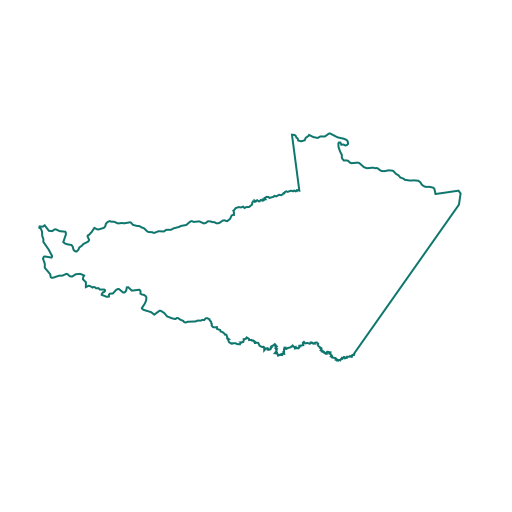 Canutama, Amazonas, Brazil, rotated 82°
{"feature_id": "56859067B47239543659511", "entity_name": "Canutama", "entity_type": "district", "adm_level": 2, "iso_a3": "BRA", "parent_name": "Brazil", "parent_adm1": "Amazonas", "projection": "robinson", "projection_center": [-63.96, -7.456], "detail": "fine", "context": "isolated", "style": "outline", "palette": "teal", "viewbox_px": 512, "rotation_deg": 82, "n_neighbors": 0, "source": "geoboundaries", "source_scale": "gbopen_adm2", "svg_char_len": 6149}
<svg xmlns="http://www.w3.org/2000/svg" viewBox="0 0 512 512"><g transform="rotate(82 256 256)"><path d="M311.6,332.9L312.4,324.9L311.8,323.0L312.3,319.9L311.8,317.8L312.2,316.2L310.8,314.6L310.7,313.2L312.1,310.9L313.3,310.8L314.7,309.7L316.3,309.6L316.9,309.2L318.6,309.6L319.7,309.1L320.5,308.3L321.0,306.5L321.0,304.6L322.8,304.7L324.3,301.8L325.8,301.6L326.7,299.7L328.7,297.9L329.5,297.7L329.9,296.3L332.3,295.8L333.8,296.0L334.1,295.6L333.7,295.3L334.4,294.6L334.4,295.0L335.6,295.2L337.7,294.6L339.4,292.5L339.1,291.9L339.5,291.4L339.2,290.6L339.6,288.2L340.6,287.0L341.2,284.2L339.5,283.4L339.8,282.5L339.6,282.1L339.4,282.4L339.4,280.7L338.0,279.9L336.7,279.8L336.7,278.2L335.5,276.7L336.2,276.5L336.0,275.8L337.2,274.4L338.3,274.5L338.5,272.1L339.4,271.6L339.2,270.6L339.6,270.0L342.0,269.3L342.1,268.8L341.3,268.5L341.8,268.1L342.3,265.9L345.5,264.9L347.1,262.3L346.9,261.2L347.7,260.6L350.6,261.0L348.9,258.9L349.0,257.6L350.3,257.6L350.6,257.0L350.5,256.6L349.7,256.6L350.6,255.6L350.5,255.0L349.8,254.1L348.5,254.2L347.8,253.5L348.0,253.1L347.5,253.1L347.0,251.7L347.1,250.8L346.8,251.0L345.9,249.6L348.5,248.0L348.9,249.0L349.9,249.6L350.9,248.2L351.7,249.1L352.2,248.7L352.9,248.9L354.9,250.9L355.2,249.8L354.9,248.6L357.7,248.1L357.6,247.4L357.0,247.4L357.6,244.4L356.7,244.8L356.5,244.3L356.8,241.8L355.4,242.2L355.6,241.6L352.8,241.4L350.7,240.6L350.9,239.5L352.1,239.6L352.3,239.0L351.6,237.5L351.2,234.2L350.3,233.3L351.0,231.5L350.6,231.5L352.0,230.4L351.8,229.9L352.8,230.2L352.5,229.0L353.0,229.0L352.8,228.0L353.4,227.1L353.0,226.3L351.1,225.7L351.5,224.9L350.9,224.9L350.9,221.6L348.4,221.6L347.7,220.5L349.4,219.4L349.3,217.1L350.4,215.0L349.9,214.1L349.2,213.9L349.4,212.8L350.1,211.8L350.3,212.2L350.9,211.1L350.6,210.2L350.9,209.9L350.1,209.5L350.0,208.7L350.2,207.7L351.5,206.7L352.3,207.3L354.2,206.5L356.0,204.5L356.3,205.0L357.2,204.1L358.3,205.0L358.9,203.6L359.4,203.2L359.7,203.6L360.1,202.2L360.5,201.9L360.6,202.8L362.6,200.4L361.9,199.8L362.3,199.4L360.8,198.9L360.8,198.4L361.6,198.2L361.2,197.2L361.5,196.7L362.4,196.8L362.0,195.7L363.0,195.8L363.1,196.5L364.9,194.9L365.8,195.8L366.3,194.7L366.9,195.0L367.2,194.6L368.1,191.6L368.5,191.3L369.3,191.5L369.2,191.0L370.5,190.9L370.8,190.4L370.0,189.9L370.9,189.0L370.5,188.7L370.5,188.0L371.1,187.1L369.8,186.1L369.9,185.0L368.8,185.0L369.1,183.3L368.3,183.0L368.5,182.5L369.7,182.2L369.5,180.6L369.0,180.9L368.4,180.1L368.8,177.3L368.2,176.8L369.2,175.5L369.1,175.0L367.9,174.9L367.4,174.3L367.6,173.4L367.0,172.9L367.3,172.5L365.6,171.8L233.4,47.9L222.5,44.7L219.5,46.4L219.6,69.6L214.4,70.0L213.0,71.0L211.7,74.3L211.2,78.2L210.5,79.7L208.6,81.8L205.9,83.0L204.1,84.8L203.2,88.3L202.7,93.2L201.2,98.1L200.1,99.0L198.2,102.3L196.0,103.6L194.2,105.9L190.9,108.2L190.4,109.3L189.6,112.8L189.9,116.7L189.4,119.6L188.3,121.3L186.1,123.3L185.7,124.3L185.7,125.6L184.8,127.9L184.6,133.3L184.2,134.6L183.0,136.8L178.4,140.7L177.7,142.3L177.4,148.4L176.8,149.8L174.6,151.5L173.9,153.2L173.6,155.8L171.5,157.1L170.1,157.3L168.0,156.9L164.2,158.2L159.5,159.1L156.0,158.8L155.1,157.9L155.5,156.6L157.7,156.0L157.8,153.8L159.0,152.2L158.8,150.7L157.8,149.2L155.4,149.2L153.7,150.1L152.1,152.7L149.8,158.8L144.9,165.7L145.0,166.9L147.2,171.1L146.6,175.7L147.7,178.4L146.3,182.5L143.5,186.6L144.4,187.3L145.9,190.3L148.2,191.7L148.7,195.4L147.5,198.1L145.4,198.4L144.4,199.5L142.7,199.9L141.5,201.0L140.9,203.5L197.3,204.0L196.5,205.9L197.1,206.3L196.7,206.6L197.5,207.7L196.5,209.2L197.1,210.1L196.2,212.3L196.9,215.7L196.2,217.0L196.6,218.3L197.9,219.3L197.6,220.0L198.7,221.1L199.3,222.7L198.6,224.5L199.8,227.7L199.0,229.4L199.8,230.4L200.4,234.6L199.3,235.4L198.9,237.5L199.5,238.1L199.7,239.5L200.2,239.7L201.1,239.0L200.9,241.0L201.8,240.6L202.2,241.6L201.2,243.5L202.3,244.8L202.3,245.7L200.9,247.1L201.7,248.6L201.4,249.0L202.0,248.8L202.2,249.7L201.5,250.2L201.4,251.2L202.9,252.4L204.4,252.6L206.5,256.0L206.2,259.0L206.9,260.7L205.3,261.9L205.8,264.0L205.2,266.6L205.7,269.4L207.5,271.2L207.9,272.1L209.3,271.8L212.2,272.1L212.0,272.9L212.5,274.5L215.6,276.5L217.4,279.5L217.3,280.5L216.3,282.1L216.2,283.7L218.2,287.8L218.3,289.7L218.0,290.8L216.7,292.5L216.3,294.8L215.5,296.0L214.9,298.7L216.3,301.2L216.5,303.1L213.8,307.4L213.6,312.8L212.5,314.9L212.8,316.4L215.6,320.8L215.8,326.5L216.4,327.5L217.2,333.9L218.2,336.5L217.6,341.3L218.9,343.8L217.9,349.1L218.9,353.1L218.7,354.6L218.0,355.4L217.3,359.1L216.4,360.4L213.0,363.0L211.8,365.3L210.2,367.2L209.6,369.9L208.0,373.6L205.6,375.1L205.1,376.0L205.3,382.0L204.6,384.5L204.6,387.3L204.3,388.7L202.4,391.5L201.9,394.3L201.1,396.2L201.8,398.4L203.1,400.1L205.7,401.2L207.0,402.8L207.8,408.4L207.5,409.5L205.7,412.2L209.3,415.3L211.9,418.6L212.2,419.7L213.1,420.1L216.8,419.0L218.4,420.2L220.1,425.3L221.5,426.9L223.0,429.8L224.8,430.8L226.3,432.5L226.6,433.6L225.4,435.3L224.1,435.9L221.1,436.2L219.4,437.3L218.0,441.6L216.9,443.6L215.4,444.9L208.3,441.3L206.3,441.1L205.4,441.5L204.1,446.9L201.8,450.4L201.6,451.5L203.0,454.4L202.2,457.6L196.2,461.0L197.3,463.0L196.6,466.2L197.8,466.7L199.1,465.2L202.1,464.5L206.5,464.9L209.6,464.2L212.5,464.6L220.6,460.5L227.4,458.0L228.4,458.1L229.1,458.8L227.1,465.0L227.2,466.2L228.9,467.3L234.5,466.2L238.3,466.8L245.3,462.4L248.4,462.2L249.1,461.4L249.3,460.3L248.1,453.7L248.5,450.4L247.3,446.3L247.7,445.2L250.1,443.2L250.8,441.1L249.0,437.1L249.2,432.6L251.4,428.9L253.0,430.1L255.0,430.6L258.3,428.1L263.1,428.8L262.2,425.9L262.5,424.8L264.5,422.2L264.1,421.2L264.4,420.1L265.8,418.7L265.9,416.5L267.5,415.3L268.1,411.0L268.8,410.3L269.8,410.5L270.4,411.3L270.6,412.4L272.0,413.9L273.0,414.2L275.6,409.6L275.7,407.3L273.8,406.9L273.0,406.1L273.2,402.9L270.0,399.1L269.5,397.5L269.7,396.3L273.6,392.7L273.8,391.2L273.2,390.3L272.0,389.3L269.1,388.3L269.2,386.8L273.0,383.8L273.2,376.1L274.7,375.2L277.2,375.7L278.0,374.8L279.1,372.1L280.7,370.6L282.0,370.3L284.9,371.1L287.5,372.6L291.7,376.3L292.8,375.8L293.8,374.6L297.0,367.7L299.9,364.9L296.8,359.2L297.0,357.9L299.8,354.7L303.5,352.4L306.3,347.3L307.2,344.5L306.4,343.2L306.7,341.8L308.6,339.7L310.1,337.1L311.5,336.3L312.1,334.7L311.6,332.9Z" fill="none" stroke="#0f766e" stroke-width="2"/></g></svg>